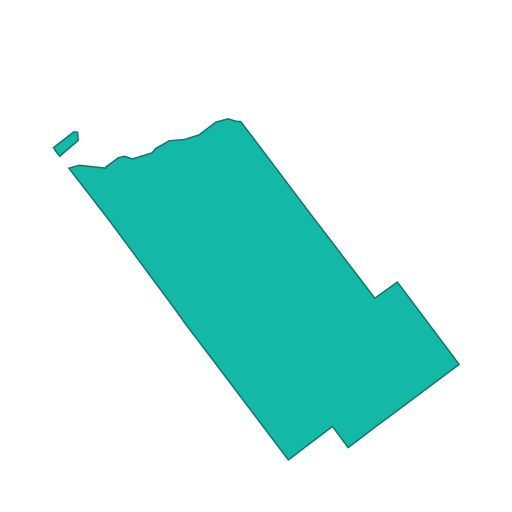 Pasco, Florida, United States of America, rotated 53°
{"feature_id": "52423323B1474651347139", "entity_name": "Pasco", "entity_type": "district", "adm_level": 2, "iso_a3": "USA", "parent_name": "United States of America", "parent_adm1": "Florida", "projection": "natural_earth1", "projection_center": [-82.587, 28.325], "detail": "fine", "context": "isolated", "style": "filled", "palette": "teal", "viewbox_px": 512, "rotation_deg": 53, "n_neighbors": 0, "source": "geoboundaries", "source_scale": "gbopen_adm2", "svg_char_len": 697}
<svg xmlns="http://www.w3.org/2000/svg" viewBox="0 0 512 512"><g transform="rotate(53 256 256)"><path d="M153.7,351.9L246.0,352.7L252.7,352.8L267.8,353.2L279.3,353.2L287.9,353.1L358.0,353.0L438.3,352.9L438.1,297.5L464.5,297.7L464.3,263.7L464.5,242.9L464.8,159.0L361.9,158.8L361.2,186.5L257.1,187.2L159.5,187.2L139.3,187.4L136.5,190.8L129.6,195.8L124.9,207.7L125.0,228.7L119.9,243.0L118.7,245.0L111.8,255.9L109.7,271.5L111.1,276.9L104.1,296.3L97.4,300.8L94.7,306.9L94.5,322.3L95.5,323.0L77.1,342.7L73.3,352.6L128.7,351.9L142.7,351.8L153.7,351.9ZM58.2,352.7L56.7,328.5L49.7,324.0L47.2,327.0L47.6,352.5L48.7,352.5L51.0,352.9L58.2,352.7Z" fill="#14b8a6" stroke="#0f766e" stroke-width="1.5"/></g></svg>